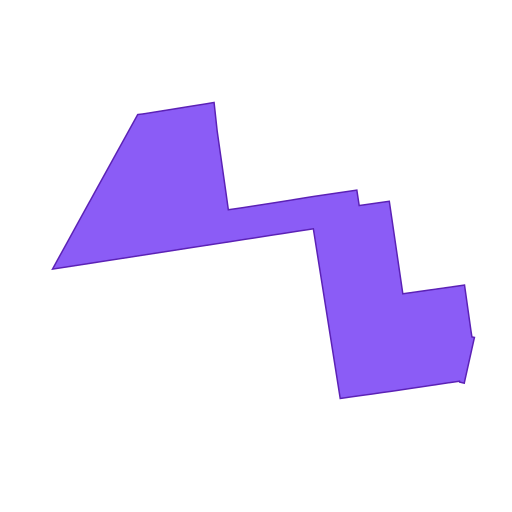 Almirante Brown, Chaco, Argentina, rotated 351°
{"feature_id": "61730980B31934399065102", "entity_name": "Almirante Brown", "entity_type": "district", "adm_level": 2, "iso_a3": "ARG", "parent_name": "Argentina", "parent_adm1": "Chaco", "projection": "mercator", "projection_center": [-61.764, -25.756], "detail": "fine", "context": "isolated", "style": "filled", "palette": "violet", "viewbox_px": 512, "rotation_deg": 351, "n_neighbors": 0, "source": "geoboundaries", "source_scale": "gbopen_adm2", "svg_char_len": 1397}
<svg xmlns="http://www.w3.org/2000/svg" viewBox="0 0 512 512"><g transform="rotate(351 256 256)"><path d="M316.9,409.9L317.0,409.9L323.4,410.0L325.5,410.0L341.3,410.3L348.9,410.5L359.8,410.6L367.4,410.8L375.3,410.9L375.6,410.9L377.4,410.9L390.1,411.0L398.2,411.1L423.2,411.3L426.4,411.3L427.6,411.4L428.1,411.4L437.4,411.5L437.4,412.4L441.8,414.2L442.0,413.6L459.0,370.6L456.6,369.7L456.6,364.2L457.4,317.3L456.0,317.3L396.0,316.3L395.1,316.3L396.0,241.7L396.2,222.8L365.8,222.3L365.8,222.2L365.9,206.7L365.4,206.7L356.7,206.6L322.6,206.2L320.7,206.2L317.1,206.2L316.8,206.2L316.4,206.2L290.4,206.3L288.0,206.3L283.9,206.3L250.8,206.2L235.9,206.0L236.2,190.1L236.6,165.0L237.2,126.3L238.6,97.8L230.4,97.9L213.8,97.9L166.3,98.0L161.7,97.8L161.3,97.8L106.7,167.9L100.6,175.8L100.4,176.0L85.4,195.3L70.7,214.3L59.7,228.4L53.0,237.1L102.0,237.3L194.9,237.6L235.3,237.8L240.7,237.8L248.2,237.8L255.7,237.9L262.1,237.9L264.0,237.9L265.4,237.9L266.8,237.9L272.7,237.9L277.0,237.9L285.7,238.0L290.0,238.0L300.4,238.0L311.9,238.1L316.0,238.1L316.9,238.1L316.9,251.3L316.9,270.5L316.9,286.8L316.9,289.6L316.9,291.3L316.9,292.9L316.9,293.6L316.9,300.0L316.9,317.5L316.9,322.3L316.9,324.0L316.9,329.3L316.9,334.8L316.9,336.0L316.9,337.5L316.9,338.2L316.9,338.6L316.9,358.6L316.9,365.5L316.9,368.3L316.9,381.2L316.9,391.0L316.9,397.9L316.9,409.9Z" fill="#8b5cf6" stroke="#5b21b6" stroke-width="1.5"/></g></svg>